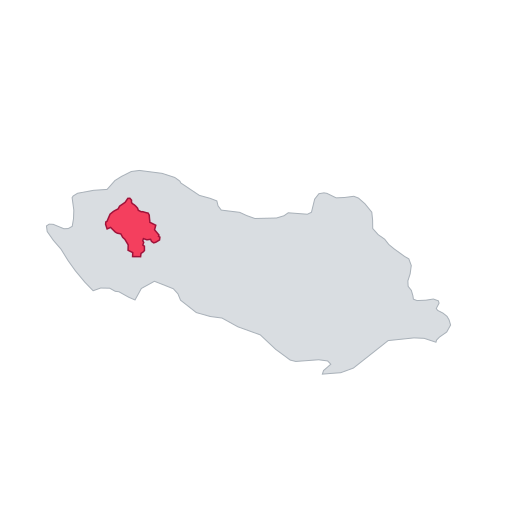 Pukë, Shkodër, Albania shown in context, rotated 291°
{"feature_id": "67620474B73280275449109", "entity_name": "Pukë", "entity_type": "district", "adm_level": 2, "iso_a3": "ALB", "parent_name": "Albania", "parent_adm1": "Shkodër", "projection": "mercator", "projection_center": [19.995, 42.061], "detail": "fine", "context": "in_parent", "style": "filled", "palette": "rose", "viewbox_px": 512, "rotation_deg": 291, "n_neighbors": 0, "source": "geoboundaries", "source_scale": "gbopen_adm2", "svg_char_len": 2458}
<svg xmlns="http://www.w3.org/2000/svg" viewBox="0 0 512 512"><g transform="rotate(291 256 256)"><path d="M171.6,158.8L171.9,151.9L173.5,140.8L172.6,137.2L173.5,130.9L170.4,122.4L165.2,116.4L170.2,105.6L177.5,92.6L184.3,82.3L192.5,71.5L198.0,61.2L204.0,52.3L209.0,49.6L211.6,51.5L212.9,55.3L212.6,66.9L214.3,70.8L217.8,73.8L225.3,72.3L233.5,69.5L244.6,63.4L246.5,63.8L250.6,66.9L259.1,80.8L264.8,93.1L276.0,97.3L282.2,102.0L290.2,109.3L294.1,116.5L299.5,138.7L300.2,152.0L298.6,158.1L297.2,159.7L292.3,181.4L293.4,192.5L293.4,199.7L289.2,202.6L286.4,207.1L290.9,225.1L290.4,232.8L290.6,241.5L298.8,261.5L303.6,267.7L307.9,270.6L313.4,289.0L316.7,292.1L330.1,290.4L336.7,292.4L339.3,296.8L339.9,299.7L339.0,310.0L342.4,317.8L346.8,325.9L346.8,330.9L343.8,339.0L338.4,348.4L331.3,352.0L323.5,355.1L319.7,362.4L317.8,370.1L314.3,375.9L312.2,382.2L308.8,395.0L308.1,399.7L302.7,404.4L294.5,406.3L287.2,406.7L282.2,408.9L279.6,413.3L275.0,416.8L272.1,418.4L272.1,422.3L275.6,430.4L279.4,437.0L279.5,442.3L277.6,443.8L271.6,443.1L270.3,445.1L269.7,451.0L268.1,456.0L265.6,459.1L261.3,462.4L253.4,461.3L246.0,456.3L242.2,454.7L240.0,454.9L239.4,442.5L236.2,432.9L224.4,409.7L186.3,387.1L177.4,376.9L173.4,368.4L169.5,360.3L173.3,360.1L177.0,362.1L181.8,364.6L183.7,360.5L181.6,351.7L171.8,330.9L171.1,325.2L175.9,307.8L183.9,288.3L183.4,264.5L185.9,246.5L183.1,234.9L181.8,220.5L187.7,201.4L192.7,196.7L195.8,190.6L196.0,170.2L184.6,160.6L171.6,158.8Z" fill="#d9dde1" stroke="#a8b0b8" stroke-width="1"/><path d="M257.4,139.9L257.1,138.1L256.8,134.5L256.2,132.9L256.5,129.7L258.2,128.3L259.4,126.0L260.1,124.2L260.7,121.5L261.7,120.4L263.5,119.8L264.7,117.6L263.9,115.7L259.2,114.6L253.7,110.8L250.6,110.4L248.0,108.1L246.5,106.9L242.8,104.8L238.6,104.6L235.1,104.5L234.0,103.6L231.7,104.2L227.9,107.3L230.6,110.0L227.9,116.1L227.6,118.3L228.2,121.9L225.7,124.8L224.6,127.6L220.6,132.7L215.5,134.5L215.0,139.7L211.2,141.0L213.0,145.8L214.0,148.5L217.2,147.7L219.2,149.1L221.1,149.9L225.2,148.3L225.4,147.3L225.7,146.4L227.9,146.3L228.5,146.3L228.7,146.0L229.1,145.5L229.6,144.8L230.6,144.8L231.3,144.7L231.9,144.7L232.0,148.3L233.8,151.6L232.2,153.2L231.6,155.8L232.9,157.5L236.4,160.2L239.2,159.5L239.3,158.7L239.3,158.4L239.4,157.9L239.8,157.9L240.3,157.9L240.8,157.9L244.1,151.9L248.8,151.4L249.2,147.3L249.4,145.1L249.4,144.8L250.8,144.2L252.3,143.4L253.3,142.9L255.0,142.1L255.9,141.7L257.4,139.9Z" fill="#f43f5e" stroke="#9f1239" stroke-width="1.5"/></g></svg>